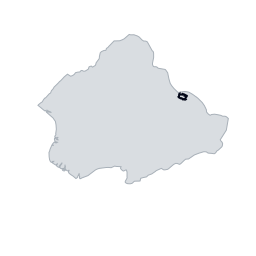 location of Biriniwa, Jigawa, Nigeria, rotated 42°
{"feature_id": "59680162B74336355497846", "entity_name": "Biriniwa", "entity_type": "district", "adm_level": 2, "iso_a3": "NGA", "parent_name": "Nigeria", "parent_adm1": "Jigawa", "projection": "natural_earth1", "projection_center": [10.065, 12.817], "detail": "medium", "context": "in_parent", "style": "outline", "palette": "ink", "viewbox_px": 256, "rotation_deg": 42, "n_neighbors": 0, "source": "geoboundaries", "source_scale": "gbopen_adm2", "svg_char_len": 4620}
<svg xmlns="http://www.w3.org/2000/svg" viewBox="0 0 256 256"><g transform="rotate(42 128 128)"><path d="M196.2,53.8L202.5,63.8L203.8,71.3L204.4,75.0L205.4,75.4L207.4,75.6L208.8,76.3L209.7,77.6L210.2,78.7L210.3,79.4L209.9,83.9L209.4,85.5L209.7,87.7L209.6,88.6L209.4,89.3L208.5,90.0L207.4,90.7L204.5,92.9L203.7,93.2L202.5,93.2L201.5,93.8L200.2,94.9L197.6,99.2L195.4,103.5L193.7,110.5L191.7,112.6L191.4,114.6L191.1,118.9L190.8,120.2L190.5,120.6L188.3,121.4L187.1,122.4L186.3,124.4L185.4,131.1L185.1,132.2L184.3,133.3L183.3,134.6L182.3,135.3L179.8,135.7L177.5,140.8L177.5,141.6L176.4,146.2L174.6,149.6L174.5,151.9L172.3,154.9L171.1,156.9L172.3,159.1L172.4,159.4L168.5,163.1L168.3,163.6L168.1,166.2L167.8,166.8L167.1,167.8L166.0,168.8L165.0,169.6L163.8,170.1L162.6,170.3L162.0,170.0L161.6,169.2L160.9,166.2L160.6,165.5L159.9,164.9L156.9,161.5L155.0,160.3L154.7,160.4L154.4,160.7L153.8,162.4L153.3,163.1L152.4,163.3L150.7,163.3L149.5,163.0L149.2,162.7L148.7,161.4L144.9,164.5L143.6,165.2L142.0,168.8L139.6,170.6L138.0,172.2L133.7,177.2L132.8,178.7L131.9,180.8L130.1,190.2L127.1,196.0L126.7,197.3L126.5,197.2L126.1,197.8L125.0,197.4L124.5,196.3L123.7,196.2L122.5,194.6L122.2,194.8L123.5,198.9L123.1,200.4L119.4,200.5L116.2,201.0L114.1,201.0L113.0,200.4L112.5,198.9L112.3,199.0L112.2,199.8L111.5,200.5L109.1,200.6L108.0,199.6L107.2,198.4L106.2,197.9L106.4,198.4L107.4,199.5L107.3,201.1L105.4,203.0L104.1,203.1L103.3,202.3L102.9,201.0L102.8,199.0L102.2,197.8L102.3,199.9L102.3,201.9L103.2,203.4L101.8,203.9L100.1,203.9L99.9,203.4L99.7,202.1L99.4,201.8L99.0,203.9L95.5,204.5L95.0,204.4L94.9,204.0L95.1,203.4L95.1,202.5L94.3,203.2L94.2,204.7L93.7,204.9L92.4,204.7L90.9,204.0L88.6,202.1L85.6,199.0L85.2,197.6L84.3,195.9L82.8,191.3L83.1,191.1L83.8,191.3L84.1,190.9L82.9,190.6L82.6,190.2L82.6,189.2L82.6,187.9L84.5,187.3L84.9,186.5L85.1,185.8L82.9,186.9L80.8,185.6L80.3,184.8L80.5,184.2L83.0,184.2L83.9,183.6L83.3,183.3L82.4,183.4L82.0,183.0L82.1,182.0L81.8,182.2L81.4,183.1L79.9,183.7L79.1,183.1L79.0,181.7L78.8,181.1L78.1,180.6L75.6,176.9L72.5,173.9L69.7,171.7L65.5,170.7L56.7,170.8L56.2,170.5L56.7,170.0L57.5,169.7L60.3,168.0L59.9,167.8L56.9,168.8L55.9,168.9L54.6,171.0L45.9,171.4L45.9,170.5L46.3,167.8L46.8,165.9L46.3,163.7L46.1,161.6L46.5,161.0L46.6,160.2L46.6,155.0L47.0,154.2L47.0,153.7L46.1,151.4L46.2,149.7L46.0,148.1L45.7,147.3L46.1,140.9L46.0,139.3L46.3,138.2L46.4,135.4L46.4,132.7L47.0,128.5L50.7,127.9L51.7,126.2L52.2,124.1L52.0,122.0L53.2,120.2L54.7,118.6L54.7,116.8L55.1,116.2L55.8,115.8L56.8,115.6L57.9,114.7L58.5,113.1L59.1,110.6L58.2,108.9L58.2,108.5L58.6,107.6L59.2,106.7L59.6,106.4L60.7,106.6L61.0,106.2L61.8,103.5L61.7,102.7L60.7,100.9L60.2,95.9L59.9,95.2L59.1,94.3L57.1,90.8L57.1,89.2L58.0,87.0L58.6,86.0L59.4,85.4L59.5,84.9L59.3,84.3L58.9,83.9L58.8,82.9L59.2,81.6L59.1,80.1L59.4,72.6L61.0,71.1L63.5,68.7L64.8,66.1L65.5,64.2L66.3,57.7L67.6,57.0L70.1,54.7L73.5,53.3L75.6,52.9L79.4,53.2L81.4,52.9L83.0,51.6L83.8,51.3L84.8,51.1L94.3,54.4L95.2,54.3L95.9,54.5L97.1,55.4L99.9,58.5L102.8,63.4L103.7,64.4L104.6,64.9L105.5,65.2L106.2,65.1L106.9,64.6L107.8,63.7L109.2,63.3L110.4,63.4L116.3,59.7L116.9,59.6L120.5,60.4L125.5,64.1L129.5,66.6L132.4,67.4L135.7,67.9L141.4,68.1L145.7,62.9L147.3,61.8L149.2,60.7L153.2,59.8L159.8,59.1L166.1,59.4L169.9,60.3L174.0,62.0L175.8,63.6L178.5,63.9L180.5,63.6L181.1,62.0L183.1,59.8L186.1,57.9L188.5,56.5L190.5,55.9L192.3,54.3L193.7,53.8L196.2,53.8ZM109.3,202.7L108.0,203.2L107.1,203.0L108.3,200.9L108.9,201.4L109.7,201.6L109.3,202.7Z" fill="#d9dde1" stroke="#a8b0b8" stroke-width="1"/><path d="M143.4,68.4L143.5,68.6L143.5,68.8L143.7,69.0L144.0,69.3L144.1,69.6L144.3,69.8L144.5,70.0L144.6,70.3L144.8,70.5L144.8,70.8L144.7,71.1L144.9,71.2L145.1,71.2L145.2,70.9L145.3,70.9L145.6,71.0L145.8,71.1L146.2,71.0L146.3,71.0L146.5,70.9L146.9,70.7L147.1,70.8L147.4,70.7L147.5,70.4L147.7,70.2L147.8,70.1L148.0,70.3L148.5,70.1L149.0,70.0L149.3,70.0L149.2,69.8L149.4,69.6L149.7,69.5L149.8,69.5L149.9,69.4L150.0,69.4L150.4,69.2L150.6,69.0L150.8,68.7L151.2,68.6L151.5,68.7L151.7,68.2L151.3,68.2L151.0,68.1L150.8,68.0L150.7,68.0L150.7,67.7L150.8,67.4L150.8,67.2L150.7,67.1L150.6,66.6L150.4,66.4L150.4,66.1L150.3,65.8L150.5,65.7L150.5,65.4L150.3,65.3L150.3,65.1L149.9,64.9L149.8,65.0L149.8,64.8L149.5,64.9L149.1,65.0L148.8,65.2L148.7,65.3L148.5,65.2L148.3,65.3L148.2,65.3L148.1,65.6L147.9,65.3L147.5,65.4L147.5,65.5L147.4,65.8L147.2,65.7L146.9,65.7L146.8,65.8L146.6,65.8L146.3,65.9L146.2,66.0L145.9,66.4L145.9,66.5L145.7,66.4L145.5,67.0L145.5,67.3L145.4,67.4L144.7,68.0L144.1,68.2L143.9,68.1L143.7,68.1L143.7,68.3L143.6,68.2L143.6,68.3L143.4,68.4Z" fill="none" stroke="#020617" stroke-width="2"/></g></svg>